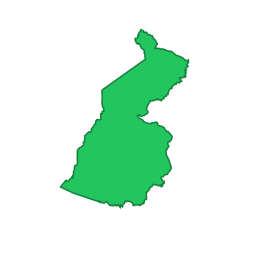 Alto Paraíso de Goiás, Goiás, Brazil (Albers equal-area conic projection), rotated 321°
{"feature_id": "56859067B58391691599305", "entity_name": "Alto Paraíso de Goiás", "entity_type": "district", "adm_level": 2, "iso_a3": "BRA", "parent_name": "Brazil", "parent_adm1": "Goiás", "projection": "albers", "projection_center": [-47.466, -14.162], "detail": "fine", "context": "isolated", "style": "filled", "palette": "green", "viewbox_px": 256, "rotation_deg": 321, "n_neighbors": 0, "source": "geoboundaries", "source_scale": "gbopen_adm2", "svg_char_len": 5925}
<svg xmlns="http://www.w3.org/2000/svg" viewBox="0 0 256 256"><g transform="rotate(321 128 128)"><path d="M217.6,113.2L216.9,113.1L216.2,112.7L215.7,111.9L215.0,111.2L215.0,109.6L214.6,108.1L213.8,106.0L212.9,104.3L211.4,102.1L211.0,101.2L210.8,100.3L210.7,99.2L210.5,98.6L210.4,97.7L210.1,97.0L210.2,96.2L209.6,95.4L208.8,94.6L208.1,94.5L207.8,93.3L206.7,92.3L206.5,91.3L206.3,90.6L205.6,90.0L205.4,89.2L204.9,88.6L204.3,88.2L203.1,87.4L202.9,86.3L202.1,85.8L201.1,84.8L200.8,84.2L200.1,83.7L199.2,83.3L202.2,81.2L203.0,81.5L203.6,81.4L203.9,80.9L204.1,79.0L204.0,78.1L204.6,77.3L204.3,75.9L204.0,75.2L204.3,74.6L204.3,73.3L204.9,71.7L203.7,70.1L203.7,69.4L203.2,68.6L202.4,68.0L202.3,67.1L202.6,66.3L202.4,65.5L202.3,64.7L200.8,64.5L200.4,63.5L201.2,62.8L201.2,62.0L200.5,61.3L200.0,59.7L199.2,60.0L198.8,60.5L197.9,60.6L197.2,60.7L196.6,61.1L195.5,61.2L194.6,62.8L194.0,62.3L193.5,62.9L193.0,63.3L192.5,63.9L191.5,63.9L189.9,62.9L189.7,63.7L189.0,64.0L188.9,64.9L188.4,65.6L188.3,66.4L188.0,67.4L188.2,68.6L189.4,68.9L189.2,69.6L189.8,69.9L189.6,70.8L189.6,71.5L189.0,73.0L189.1,73.9L188.7,74.5L189.2,76.5L189.5,77.3L189.0,78.6L188.1,79.4L187.6,80.5L187.3,81.4L186.8,82.3L186.1,83.0L184.9,85.5L131.8,82.2L130.1,83.9L129.6,84.5L129.2,85.5L127.5,87.7L126.0,89.3L125.6,90.1L124.2,91.4L123.5,92.1L123.1,92.7L122.7,93.9L121.8,95.0L121.4,96.6L121.5,97.5L121.0,98.2L120.1,99.0L119.5,99.7L118.7,99.2L117.8,99.1L117.2,100.6L116.5,100.6L115.8,99.8L115.3,100.3L114.1,101.8L113.4,102.8L113.0,104.0L110.8,103.8L110.5,103.0L108.8,101.9L107.3,102.4L106.8,103.1L106.2,103.4L105.3,104.3L104.3,104.1L103.4,104.6L102.4,104.8L101.6,105.2L100.9,105.2L99.9,105.4L98.6,105.9L98.4,106.9L97.0,107.3L96.2,107.8L95.5,107.2L95.4,106.6L92.9,106.4L91.4,106.9L90.0,106.7L89.4,106.9L87.8,109.3L86.8,109.7L86.0,110.9L85.2,111.5L84.5,110.9L83.8,111.5L82.9,113.0L81.3,113.3L80.2,113.4L79.1,113.2L78.5,113.0L77.7,113.0L76.7,112.7L75.7,113.2L74.9,113.6L73.4,114.7L72.8,116.0L71.5,117.0L71.3,117.7L68.9,120.2L68.0,121.7L67.5,122.7L66.7,123.1L65.9,124.1L65.0,124.5L64.1,124.1L63.2,124.4L62.7,123.9L62.2,124.4L61.4,125.1L60.5,126.4L58.3,127.6L57.2,128.7L56.6,129.7L55.7,129.9L54.4,130.5L54.6,131.4L54.1,132.0L53.4,132.0L53.3,130.9L52.5,131.2L50.0,131.2L49.3,131.6L48.7,131.6L46.9,131.0L47.1,129.8L45.6,129.8L38.4,131.4L44.9,144.8L45.4,145.5L58.9,166.8L59.2,166.3L60.1,166.9L59.5,168.6L61.2,169.6L61.5,170.7L62.1,171.4L62.8,171.5L63.6,171.5L64.5,171.7L65.2,171.7L65.0,173.6L65.2,174.5L65.0,175.3L65.0,176.1L65.2,176.7L65.7,177.3L66.8,177.7L66.7,178.5L67.7,178.6L68.0,179.4L68.9,179.7L69.8,179.5L70.1,180.2L69.9,181.0L70.3,181.4L71.6,181.4L72.3,182.0L71.9,182.9L72.1,185.0L72.8,184.4L73.2,183.7L73.7,183.1L74.1,183.6L74.2,184.7L74.2,185.8L74.8,185.4L75.3,184.5L75.9,184.0L76.6,184.1L77.2,184.3L77.9,184.2L79.8,183.1L80.0,184.0L80.6,184.4L81.3,184.4L82.0,184.5L82.3,185.4L83.1,186.2L83.7,187.1L83.8,187.9L84.2,188.8L84.1,189.6L83.9,190.6L83.3,191.0L83.6,191.7L84.3,192.5L85.1,192.3L86.1,192.5L86.4,193.3L87.7,194.3L88.5,194.6L88.2,195.4L89.0,196.0L90.2,195.7L91.3,196.2L92.4,195.6L92.4,196.3L93.4,196.3L94.0,195.8L94.6,195.1L95.2,194.7L96.0,194.5L96.8,194.5L97.3,195.0L98.1,194.5L98.7,193.6L99.2,192.8L99.8,192.1L100.7,190.6L101.2,189.8L101.9,190.2L102.8,189.5L104.2,189.7L105.1,189.6L106.2,188.7L107.1,188.6L107.7,187.9L108.4,188.3L109.9,188.5L112.1,187.9L113.1,188.3L113.5,189.6L114.9,190.6L115.0,191.5L115.3,192.2L116.2,192.6L117.2,192.8L116.8,194.1L117.3,194.9L118.0,194.8L118.9,194.2L118.7,193.5L119.6,193.0L120.0,193.6L121.1,193.8L122.5,192.3L121.5,192.0L121.8,190.9L122.1,187.5L122.8,187.2L123.8,187.3L124.5,187.9L125.2,187.7L126.2,187.8L127.0,187.6L127.8,187.8L128.6,188.3L129.2,188.8L131.2,188.1L132.0,188.0L133.1,187.6L134.1,187.6L134.6,187.0L135.7,187.0L137.0,185.5L137.3,184.6L137.9,183.4L138.2,182.2L138.3,181.4L138.9,180.7L139.2,180.0L139.3,179.4L139.9,178.2L139.9,176.3L140.4,175.8L140.4,175.0L140.8,173.5L140.8,172.8L141.5,172.4L141.7,171.8L142.1,171.2L142.5,170.5L142.8,169.6L144.1,169.2L144.9,169.2L145.4,168.7L146.4,168.3L147.4,168.4L148.6,167.2L148.3,166.5L148.7,165.9L149.7,164.2L150.6,164.4L151.5,165.0L152.4,164.5L153.8,164.6L154.6,164.2L156.0,163.3L156.5,162.7L157.0,162.2L157.2,161.3L157.0,160.2L157.1,159.5L157.1,158.7L157.0,158.0L156.8,157.2L157.0,156.0L156.2,155.3L155.4,154.8L156.0,154.0L155.7,152.3L156.1,151.6L156.3,150.4L155.6,149.1L155.4,148.1L154.7,147.3L153.5,145.6L153.1,144.8L153.2,143.8L153.9,143.1L154.2,142.3L153.6,141.5L152.9,140.6L152.1,140.8L151.0,139.9L150.5,139.4L149.7,139.1L147.9,138.8L147.3,137.5L146.1,136.4L145.3,135.3L145.1,134.4L144.6,133.8L144.1,133.1L144.4,132.5L144.5,131.4L144.1,130.2L143.7,129.1L143.1,128.0L142.9,126.9L142.9,125.2L142.9,124.3L143.7,124.5L145.3,125.0L144.9,125.4L144.9,126.4L145.8,127.3L147.5,128.0L148.2,128.5L150.0,128.4L151.8,129.0L152.6,128.9L153.8,127.9L153.9,126.5L154.1,125.1L154.7,124.5L156.7,123.5L157.7,122.5L158.9,122.4L159.8,121.9L161.2,121.6L162.0,120.9L162.8,121.3L163.3,121.9L164.0,122.3L165.2,122.5L165.6,123.1L166.4,123.4L167.2,123.4L167.8,123.8L168.9,123.8L168.5,124.5L169.3,124.8L169.9,124.9L169.8,125.6L170.5,126.2L170.6,127.2L171.1,127.8L172.7,127.3L173.6,127.2L174.5,127.7L174.6,127.0L175.2,126.6L176.2,126.8L177.0,127.0L177.8,127.4L178.4,126.8L179.5,126.7L179.9,127.2L181.9,125.6L182.7,125.2L183.5,124.5L184.2,124.3L184.9,124.2L185.6,124.2L186.6,124.1L187.0,124.9L188.1,124.1L188.6,123.4L190.0,123.7L190.9,123.6L191.9,123.3L192.9,124.3L194.4,123.4L196.0,124.4L196.4,125.3L197.0,124.7L198.3,125.3L199.2,125.3L198.8,124.2L199.6,123.3L199.2,122.8L199.9,122.4L199.9,121.6L201.4,122.8L202.2,123.3L204.1,123.5L204.3,124.6L205.1,124.3L205.8,123.8L205.7,122.9L207.4,121.9L207.9,121.5L207.4,121.1L209.1,120.0L208.4,119.2L209.6,118.5L210.2,118.9L210.2,118.1L210.9,117.8L211.7,117.5L212.6,118.0L213.4,118.0L213.7,116.9L213.5,116.0L214.4,115.4L215.3,115.2L216.0,115.2L216.1,114.3L216.8,114.5L217.0,113.8L217.6,113.2Z" fill="#22c55e" stroke="#15803d" stroke-width="1.5"/></g></svg>